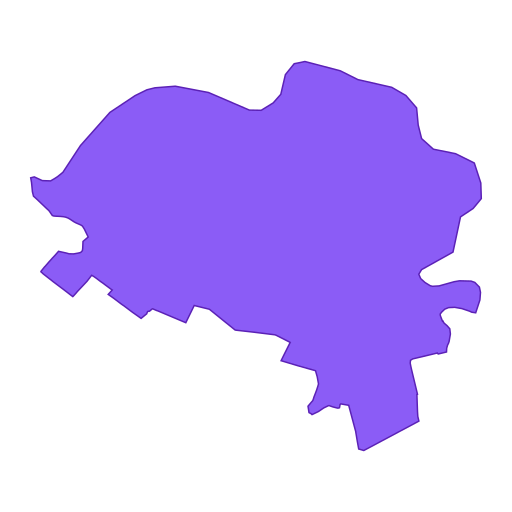 Namoloasa, Galati, Romania (Robinson projection)
{"feature_id": "2599482B8070137068735", "entity_name": "Namoloasa", "entity_type": "district", "adm_level": 2, "iso_a3": "ROU", "parent_name": "Romania", "parent_adm1": "Galati", "projection": "robinson", "projection_center": [27.591, 45.504], "detail": "fine", "context": "isolated", "style": "filled", "palette": "violet", "viewbox_px": 512, "rotation_deg": 0, "n_neighbors": 0, "source": "geoboundaries", "source_scale": "gbopen_adm2", "svg_char_len": 2944}
<svg xmlns="http://www.w3.org/2000/svg" viewBox="0 0 512 512"><path d="M141.1,318.4L145.6,314.7L146.7,313.8L147.2,312.4L147.6,311.6L147.9,311.4L148.1,311.3L149.2,311.3L149.7,311.0L150.4,310.5L151.7,309.3L152.7,308.8L156.8,310.6L157.3,310.7L160.2,311.9L185.8,322.7L194.2,305.5L209.2,309.2L209.7,309.5L224.4,321.4L235.1,330.0L236.2,330.2L253.9,332.2L274.9,334.8L275.8,335.1L290.2,342.4L285.7,351.4L283.7,355.4L281.1,360.7L298.1,365.8L315.5,370.7L317.2,376.7L318.5,383.9L317.9,386.1L316.6,390.1L314.8,394.9L314.0,396.9L313.3,399.2L312.7,400.7L311.9,401.6L311.1,402.5L308.0,406.2L308.5,409.4L309.0,412.6L311.1,413.7L312.0,414.6L313.3,414.0L318.5,411.5L323.8,407.9L328.4,405.7L329.1,405.6L332.8,406.9L337.5,408.1L338.9,408.0L339.5,407.7L340.1,404.4L340.8,403.9L348.7,405.3L351.1,414.3L355.8,431.9L355.8,432.3L357.3,441.3L358.7,449.0L363.8,450.5L418.9,421.1L417.8,416.4L417.5,411.6L416.9,394.5L417.5,394.3L411.6,369.8L410.9,366.7L410.2,363.1L410.5,360.3L412.7,358.9L431.6,354.4L437.3,353.0L438.2,354.0L446.5,352.0L446.7,348.2L447.6,345.0L448.4,343.5L449.1,341.5L450.4,334.0L449.8,328.8L447.1,325.7L444.2,323.2L443.7,322.5L443.1,321.4L442.9,321.0L442.5,321.2L440.7,316.6L440.2,315.0L440.2,314.0L441.7,312.1L444.7,309.2L446.6,308.4L448.6,307.6L453.3,307.4L454.6,307.3L461.9,308.6L469.6,311.2L471.7,312.2L473.7,312.5L475.7,312.8L477.8,306.4L479.9,300.0L480.5,292.4L479.4,287.1L474.8,282.4L471.1,281.1L459.5,280.8L454.2,281.7L439.1,285.9L432.5,286.3L430.2,285.7L425.0,282.5L420.7,278.6L418.8,274.2L421.6,269.6L453.0,252.1L460.5,216.9L473.1,208.5L477.2,203.6L481.3,198.6L480.8,183.0L474.3,163.0L455.6,153.7L433.4,149.2L421.6,138.6L418.2,125.0L416.6,107.9L405.9,95.5L391.7,87.3L357.9,79.6L340.3,70.8L304.9,61.5L300.3,62.5L294.2,63.7L285.4,74.6L283.2,84.0L280.8,94.3L273.2,102.9L261.2,110.3L249.4,110.1L248.0,109.5L233.6,103.3L216.9,96.1L208.5,92.5L175.3,86.2L154.9,87.8L146.9,89.8L135.1,95.6L109.9,112.4L80.5,145.5L62.9,172.3L57.6,176.6L54.7,178.5L50.6,180.9L42.3,180.6L34.3,176.9L30.7,177.8L31.5,182.4L31.9,186.2L32.4,191.7L33.5,196.2L36.2,198.6L46.8,208.7L48.9,210.6L52.3,215.5L53.7,216.0L56.0,216.2L60.2,216.4L63.4,216.7L65.5,217.1L66.9,217.6L68.4,218.2L70.2,219.3L73.8,221.7L76.0,222.9L80.4,224.8L82.0,225.7L82.7,226.5L84.3,229.0L88.2,237.0L83.0,241.4L82.7,248.4L82.4,250.6L81.2,252.0L80.2,252.6L78.1,253.1L73.6,253.9L69.1,253.8L66.2,253.0L58.5,251.3L58.2,251.7L55.9,254.3L55.2,255.1L52.1,258.4L51.6,259.0L49.9,260.9L49.3,261.5L45.0,266.5L44.7,266.7L41.0,271.3L40.9,271.7L41.1,272.0L42.0,272.7L43.1,273.8L50.0,279.2L50.3,279.4L52.3,281.0L53.3,281.8L63.0,289.1L67.3,292.4L71.3,295.5L72.8,296.6L73.8,295.6L75.9,293.3L77.4,291.5L84.0,284.5L85.5,282.9L87.0,281.3L88.7,279.1L91.5,275.5L91.7,275.3L92.2,275.6L93.8,276.5L95.2,277.5L96.5,278.4L100.4,281.4L103.0,283.2L104.7,284.5L111.7,289.7L112.2,290.0L108.2,294.4L113.6,298.2L120.7,303.6L122.8,305.1L123.6,305.6L132.5,312.3L137.2,315.6L141.1,318.4Z" fill="#8b5cf6" stroke="#5b21b6" stroke-width="1.5"/></svg>